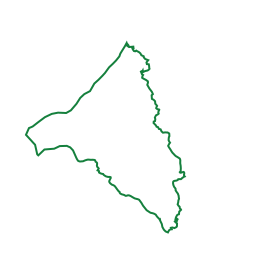 outline of Kulu Shaw Boe, Sinoe, Liberia, rotated 297°
{"feature_id": "62588387B37465422358714", "entity_name": "Kulu Shaw Boe", "entity_type": "district", "adm_level": 2, "iso_a3": "LBR", "parent_name": "Liberia", "parent_adm1": "Sinoe", "projection": "mercator", "projection_center": [-9.008, 5.564], "detail": "fine", "context": "isolated", "style": "outline", "palette": "green", "viewbox_px": 256, "rotation_deg": 297, "n_neighbors": 0, "source": "geoboundaries", "source_scale": "gbopen_adm2", "svg_char_len": 3971}
<svg xmlns="http://www.w3.org/2000/svg" viewBox="0 0 256 256"><g transform="rotate(297 128 128)"><path d="M82.9,116.0L82.7,116.4L81.7,116.9L80.5,117.3L79.5,118.1L79.0,119.6L78.6,120.3L77.9,120.3L77.1,120.1L76.4,120.1L76.5,121.3L76.4,121.8L75.2,122.4L75.1,124.1L75.3,125.3L75.7,126.8L75.2,127.6L75.0,128.9L74.9,130.2L74.9,130.4L75.3,132.3L76.1,133.9L76.3,134.8L75.7,135.3L74.0,135.3L72.1,135.4L71.3,136.0L70.7,137.1L70.2,139.3L70.4,140.9L70.3,142.3L69.7,143.7L68.4,146.2L67.4,148.3L67.3,149.4L66.6,149.9L66.1,150.9L66.1,152.7L66.4,153.9L66.6,155.3L66.5,156.1L66.5,156.7L67.0,157.5L68.0,158.5L68.4,159.3L68.6,161.1L68.4,163.7L68.4,164.4L68.3,165.8L68.5,166.8L68.8,168.2L69.0,168.9L69.1,170.5L68.7,171.3L67.4,173.9L65.6,176.7L64.5,179.1L63.4,181.5L63.2,181.9L62.9,184.6L62.7,186.5L63.3,188.8L63.5,190.4L63.4,191.9L63.4,192.1L62.7,193.2L62.0,194.7L61.1,197.4L60.9,197.6L60.6,198.0L60.9,198.1L60.0,198.8L57.8,201.7L55.4,203.6L53.7,206.1L52.9,208.5L53.1,211.0L55.4,211.0L56.7,211.6L57.6,212.9L58.6,211.6L59.5,212.7L59.9,214.8L61.7,216.1L62.7,216.2L65.2,215.0L65.5,213.6L65.7,213.0L66.2,213.8L66.7,213.8L66.8,212.7L68.2,213.6L69.2,213.6L69.4,212.7L68.5,211.7L70.1,211.3L72.6,211.3L74.1,212.2L74.3,212.5L74.7,212.3L75.3,212.2L76.8,211.6L78.2,212.1L79.2,212.4L79.6,211.9L79.7,211.0L80.4,210.3L81.3,209.7L81.7,208.2L82.5,206.9L84.5,206.5L86.3,205.8L88.1,205.6L89.3,204.7L90.7,203.8L91.5,202.9L92.2,202.2L92.8,200.9L94.0,198.8L95.4,198.0L95.9,197.2L96.4,196.0L97.6,194.5L98.1,194.1L98.9,193.4L100.4,192.7L100.6,192.7L101.3,192.8L102.0,193.4L103.2,195.1L104.2,195.9L105.2,196.0L105.7,196.9L106.5,198.4L107.1,198.7L108.1,199.0L109.8,199.9L110.4,200.3L110.6,200.5L110.9,199.9L111.1,199.5L111.8,199.1L112.7,198.9L113.4,198.6L114.0,198.0L114.0,197.3L112.3,195.6L112.1,195.3L111.9,194.8L112.2,194.2L112.6,194.3L113.3,194.6L114.8,193.9L116.0,193.4L118.2,192.1L120.2,190.6L121.4,190.0L122.9,189.3L123.8,188.6L124.3,187.9L124.4,186.9L124.6,184.9L124.6,183.8L124.9,182.4L125.7,180.2L126.2,178.7L126.4,178.4L126.7,177.8L127.3,176.8L128.1,175.6L129.3,173.4L129.7,172.8L130.3,171.9L131.4,171.9L132.9,171.9L133.9,172.1L134.0,171.8L134.4,171.4L134.8,170.7L135.6,169.7L137.0,169.1L138.1,168.7L138.4,168.6L139.5,168.6L141.2,167.6L141.8,167.2L142.0,165.4L140.9,163.0L139.7,161.3L140.2,159.4L141.6,157.7L141.5,156.9L141.2,156.0L142.4,154.3L142.1,152.9L143.0,151.7L144.1,148.5L144.5,148.4L145.4,148.0L146.4,148.9L148.3,148.3L149.5,147.2L152.0,147.2L153.5,148.3L154.7,148.8L155.6,147.9L157.0,147.6L158.4,147.6L158.6,147.2L158.1,145.7L158.4,144.2L159.3,143.9L160.9,143.9L161.5,142.7L162.0,141.3L164.1,140.0L164.8,138.0L164.8,136.1L166.1,135.3L167.9,134.2L169.5,134.8L171.1,132.8L172.9,129.1L175.2,125.6L177.5,125.2L178.6,124.5L179.0,122.2L179.0,119.3L179.2,117.8L180.9,117.3L182.1,117.4L182.3,116.0L183.2,115.0L184.1,113.9L184.8,114.3L185.0,115.1L185.9,115.1L184.7,116.0L186.5,117.4L188.1,119.3L189.1,119.9L190.5,120.3L191.4,119.5L192.8,118.7L194.2,117.6L193.5,115.8L194.8,114.7L196.7,115.0L197.6,115.2L197.3,112.0L198.1,110.0L199.0,109.5L199.0,108.3L198.9,106.9L200.1,105.2L200.5,103.7L200.6,103.0L200.6,100.7L200.7,100.2L199.6,99.6L199.3,98.3L200.3,96.5L201.0,95.7L201.6,96.7L202.9,95.8L201.7,93.9L200.6,92.2L201.0,89.4L202.0,90.5L203.0,88.3L203.1,88.2L199.3,88.1L193.5,87.6L190.8,87.4L187.9,87.8L182.7,86.7L178.2,85.3L173.5,83.6L166.5,82.5L165.1,82.1L163.2,81.6L157.5,79.8L152.3,77.8L147.3,77.6L143.6,77.4L138.4,73.7L133.2,71.8L126.1,71.1L117.8,69.1L113.3,66.1L109.9,58.7L106.0,53.7L100.0,49.1L92.3,45.3L86.1,42.4L84.6,41.2L83.0,39.8L75.6,40.2L74.6,42.9L72.7,48.0L72.4,48.7L71.5,51.1L70.9,52.8L63.3,59.1L62.9,60.5L70.9,63.3L75.9,71.4L76.1,71.7L80.9,75.4L84.3,81.6L84.4,83.8L84.5,85.3L83.1,89.2L78.2,95.2L77.2,96.5L76.2,98.2L76.1,98.5L76.2,99.9L76.6,100.9L77.4,102.1L77.9,103.0L79.6,104.4L80.8,105.6L81.7,106.7L82.2,107.9L82.7,109.2L82.8,109.4L83.7,111.0L84.2,112.3L84.3,112.6L84.3,113.4L83.3,114.3L83.2,115.0L83.1,115.4L83.1,115.7L82.9,116.0Z" fill="none" stroke="#15803d" stroke-width="2"/></g></svg>